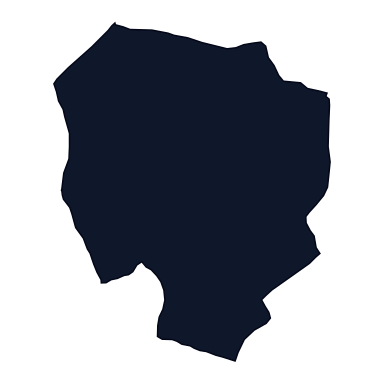 Täby, Stockholm, Sweden
{"feature_id": "70781695B44466819558577", "entity_name": "Täby", "entity_type": "district", "adm_level": 2, "iso_a3": "SWE", "parent_name": "Sweden", "parent_adm1": "Stockholm", "projection": "mercator", "projection_center": [18.068, 59.467], "detail": "fine", "context": "isolated", "style": "filled", "palette": "ink", "viewbox_px": 384, "rotation_deg": 0, "n_neighbors": 0, "source": "geoboundaries", "source_scale": "gbopen_adm2", "svg_char_len": 1440}
<svg xmlns="http://www.w3.org/2000/svg" viewBox="0 0 384 384"><path d="M114.9,23.0L111.8,25.9L108.1,30.6L91.9,46.8L68.5,67.6L57.0,79.1L53.9,83.8L56.5,91.6L58.6,101.0L63.2,109.4L64.8,116.7L69.5,133.4L69.5,146.9L69.0,158.9L63.8,173.0L61.7,190.2L61.5,190.3L61.9,191.2L62.4,195.3L63.5,199.3L66.1,202.6L69.8,207.5L71.9,213.7L75.7,227.6L83.4,238.3L87.4,249.0L90.1,253.3L93.7,264.0L97.1,272.4L101.1,279.7L101.3,282.9L106.1,282.7L111.1,279.7L117.4,278.4L124.1,275.4L128.5,274.7L132.8,271.7L136.8,265.0L141.8,261.7L146.2,267.0L151.2,269.7L156.8,275.7L160.9,281.7L163.9,290.1L164.9,300.1L162.9,309.4L159.2,317.1L157.8,325.5L157.5,336.5L162.2,339.2L172.2,339.5L176.9,341.2L181.9,344.2L190.2,345.8L194.2,348.2L199.9,350.5L206.3,351.5L215.9,355.2L222.3,356.9L235.1,361.0L238.0,352.5L244.3,339.4L254.2,330.1L266.2,323.3L270.4,318.1L268.8,312.3L265.2,306.6L261.5,299.8L265.7,295.6L271.9,289.9L293.3,274.8L309.5,263.3L315.8,257.0L319.9,253.5L316.1,247.7L314.1,236.0L310.1,230.6L306.1,223.0L305.8,216.6L309.1,212.3L316.1,204.6L323.5,195.6L327.5,187.2L328.8,174.9L330.1,161.9L328.1,146.5L328.8,121.1L329.5,105.4L329.1,99.1L325.8,96.4L327.0,93.1L319.4,91.1L307.4,88.5L300.6,82.8L283.4,81.2L278.7,75.5L274.0,65.5L268.3,57.7L265.7,46.2L261.0,42.1L253.2,43.1L243.8,44.7L235.9,47.8L227.1,48.8L216.6,46.2L202.0,42.6L187.9,37.9L173.9,35.3L168.1,33.2L151.9,30.1L130.0,29.5L123.2,26.9L115.4,24.8L114.9,23.0Z" fill="#0f172a" stroke="#020617" stroke-width="1.5"/></svg>